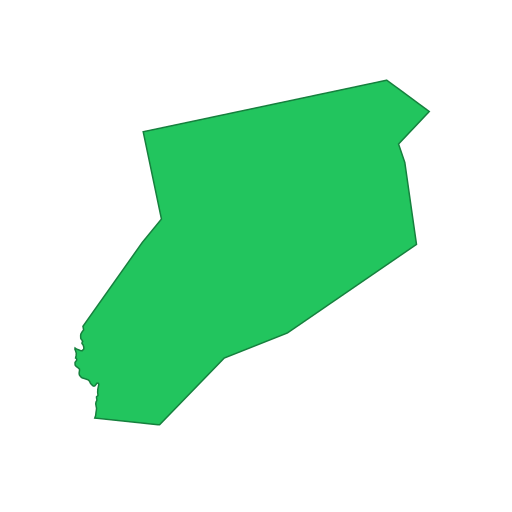 Bicurga, Centro Sur, Equatorial Guinea (Albers equal-area conic projection), rotated 168°
{"feature_id": "11065452B87560810385120", "entity_name": "Bicurga", "entity_type": "district", "adm_level": 2, "iso_a3": "GNQ", "parent_name": "Equatorial Guinea", "parent_adm1": "Centro Sur", "projection": "albers", "projection_center": [10.52, 1.549], "detail": "fine", "context": "isolated", "style": "filled", "palette": "green", "viewbox_px": 512, "rotation_deg": 168, "n_neighbors": 0, "source": "geoboundaries", "source_scale": "gbopen_adm2", "svg_char_len": 1470}
<svg xmlns="http://www.w3.org/2000/svg" viewBox="0 0 512 512"><g transform="rotate(168 256 256)"><path d="M447.4,131.0L387.2,111.4L385.4,111.0L308.3,162.8L241.3,174.2L194.9,193.4L96.6,234.0L94.4,266.6L92.6,293.0L91.0,316.5L93.3,335.9L56.5,361.3L65.9,371.9L75.8,383.1L91.6,400.8L112.7,400.8L261.9,400.9L340.5,401.0L340.8,311.8L364.3,293.0L439.9,223.2L439.9,221.9L440.0,219.5L441.5,218.3L442.3,217.5L443.6,216.0L444.2,214.2L444.3,213.0L444.5,212.5L444.5,211.7L444.2,210.8L443.7,209.9L443.3,208.4L443.8,208.0L444.4,206.9L444.3,206.3L443.7,205.3L443.4,203.1L443.5,201.8L444.0,200.5L444.8,200.2L445.6,199.5L446.6,199.7L447.6,200.1L448.9,201.1L450.0,201.7L451.1,202.5L452.1,203.6L452.5,202.5L452.2,200.7L452.1,199.8L452.0,198.2L452.5,196.6L452.6,195.8L453.3,194.7L453.7,193.7L453.2,193.4L452.9,192.8L452.9,191.8L453.2,191.2L455.1,189.6L455.5,187.8L455.5,186.5L454.6,185.1L453.6,184.0L452.2,182.2L452.4,180.8L453.2,178.7L453.5,177.4L453.4,176.0L452.3,173.9L451.4,172.9L449.3,171.8L448.3,171.2L446.8,170.3L446.0,169.8L445.3,168.9L444.7,167.6L444.6,166.8L444.3,165.7L443.4,164.2L442.5,162.9L441.6,162.4L440.6,162.5L437.9,164.7L436.8,164.4L436.4,163.3L438.7,157.9L438.7,157.3L439.2,155.9L439.4,154.0L439.5,152.6L440.0,152.1L440.8,151.7L441.3,151.4L441.5,150.3L441.5,149.2L441.6,148.1L442.1,147.3L442.8,146.5L443.5,144.7L443.6,142.1L443.6,140.3L443.9,139.3L444.4,137.8L444.9,136.6L445.5,134.8L446.0,133.3L447.4,131.0Z" fill="#22c55e" stroke="#15803d" stroke-width="1.5"/></g></svg>